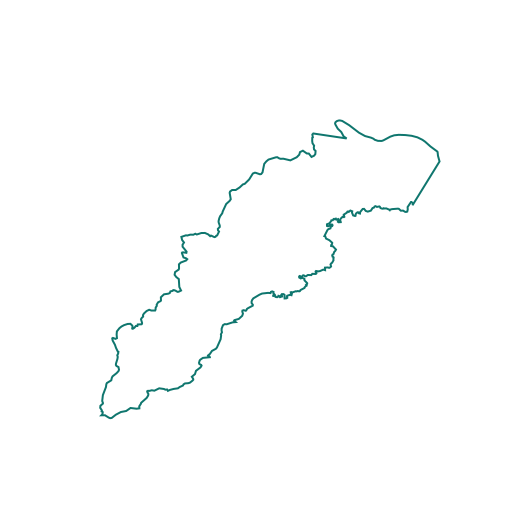 Monte Alegre, Pará, Brazil (Mercator projection), rotated 244°
{"feature_id": "56859067B76441497058081", "entity_name": "Monte Alegre", "entity_type": "district", "adm_level": 2, "iso_a3": "BRA", "parent_name": "Brazil", "parent_adm1": "Pará", "projection": "mercator", "projection_center": [-54.454, -1.021], "detail": "fine", "context": "isolated", "style": "outline", "palette": "teal", "viewbox_px": 512, "rotation_deg": 244, "n_neighbors": 0, "source": "geoboundaries", "source_scale": "gbopen_adm2", "svg_char_len": 6106}
<svg xmlns="http://www.w3.org/2000/svg" viewBox="0 0 512 512"><g transform="rotate(244 256 256)"><path d="M233.0,418.9L260.5,462.4L266.3,463.5L269.9,464.8L270.5,464.7L278.0,460.8L284.6,458.1L287.5,456.5L291.9,453.1L295.8,448.6L299.2,443.3L302.3,437.5L303.9,433.1L304.4,429.1L304.1,421.3L304.3,419.4L306.1,416.0L308.5,413.6L309.9,413.0L312.0,411.2L316.0,406.6L321.7,402.6L332.7,397.1L339.6,392.7L341.1,390.8L341.6,389.5L341.8,387.6L341.3,385.9L340.5,385.2L339.3,385.0L334.6,385.3L330.0,387.0L325.1,387.2L321.9,389.0L341.0,361.2L340.5,359.9L337.7,359.1L337.6,358.4L334.7,356.9L332.5,356.2L329.7,356.6L328.2,355.5L326.3,354.9L324.3,355.6L321.6,354.0L320.7,352.2L320.7,349.3L324.9,348.4L325.9,346.6L330.1,344.3L330.1,341.1L328.1,339.3L326.9,335.9L326.9,328.8L331.4,323.3L332.6,320.7L333.5,319.7L335.5,318.4L336.0,317.0L337.2,309.5L336.5,306.7L335.2,303.8L328.3,298.5L327.4,296.6L327.7,295.4L330.9,292.2L331.4,291.4L331.5,289.3L327.8,283.4L325.8,277.5L326.1,275.6L324.8,271.4L324.2,266.7L325.8,263.5L325.3,260.9L324.3,260.0L318.1,258.2L317.1,256.5L315.8,252.0L310.6,245.6L309.2,244.4L307.5,241.2L306.0,239.5L303.7,237.6L302.3,237.1L299.4,236.8L298.0,236.2L297.1,233.6L295.7,233.1L294.2,233.5L291.5,230.1L291.6,229.1L291.0,228.0L291.2,226.9L294.1,224.5L293.9,223.5L296.4,222.5L299.1,220.2L300.6,217.0L301.3,212.2L302.6,211.2L302.6,209.0L304.0,206.3L304.5,203.3L305.3,202.1L305.9,197.3L302.8,196.6L299.7,197.2L298.3,194.9L296.5,194.1L290.3,195.5L289.4,194.8L291.3,192.0L291.5,191.1L291.2,190.7L286.5,190.2L284.5,192.2L283.3,192.8L282.6,191.2L283.1,185.6L282.3,183.1L278.6,181.4L277.7,180.6L277.0,176.2L274.8,174.6L272.1,175.1L269.1,176.5L261.8,173.5L257.8,173.5L257.8,170.8L258.2,169.7L260.1,168.5L261.4,167.2L261.6,166.5L261.2,165.8L261.7,163.6L260.5,162.2L260.6,160.6L261.9,156.5L260.6,152.4L257.7,151.1L257.3,150.5L257.3,147.7L255.8,145.4L254.7,145.0L253.6,143.2L251.8,142.2L251.2,141.4L252.9,138.0L254.5,136.4L254.5,133.5L253.4,130.0L252.4,128.5L251.0,128.0L250.4,126.1L249.6,124.9L245.9,124.3L245.1,123.9L244.8,123.2L246.3,119.7L245.1,118.7L245.8,117.4L244.8,115.2L244.6,113.4L244.8,113.0L245.3,113.0L246.4,114.0L247.6,114.3L250.1,113.4L251.2,110.8L251.7,107.2L251.6,104.2L251.0,101.6L249.2,97.9L246.5,96.3L243.1,95.0L243.1,93.4L245.1,91.5L245.0,90.7L242.8,90.1L238.0,90.3L234.8,89.9L230.6,89.9L230.2,90.3L228.7,89.3L227.6,87.8L225.9,87.5L224.2,86.3L220.7,83.0L219.5,82.3L218.3,82.4L216.5,83.7L213.8,83.0L212.8,81.9L211.8,79.3L210.7,74.3L209.7,73.0L207.7,71.4L207.2,66.3L206.4,65.3L204.0,63.7L198.1,57.4L193.1,54.2L190.9,54.0L190.4,53.6L189.6,50.5L187.8,49.4L184.8,49.8L184.0,49.1L183.1,49.8L182.2,49.5L181.0,48.3L180.6,47.2L179.0,50.5L175.3,52.8L174.2,53.8L173.7,55.3L174.8,60.5L175.0,66.2L173.6,71.4L174.4,76.6L171.1,81.7L170.2,84.4L172.1,85.2L173.6,87.7L174.4,88.4L176.4,95.6L177.9,97.9L178.8,98.6L179.8,98.9L180.7,98.6L182.1,98.9L182.2,99.8L181.5,101.0L181.0,103.5L179.5,105.6L179.5,111.0L176.8,115.0L175.6,115.9L175.0,117.6L173.4,117.7L173.4,119.8L172.6,123.8L171.3,127.8L171.7,130.0L171.6,133.6L172.4,134.6L172.6,136.3L171.4,139.3L171.1,141.0L171.8,144.2L172.3,145.4L173.3,145.7L175.6,145.4L176.6,149.4L179.1,151.7L180.2,157.3L181.3,159.0L182.1,159.0L183.6,157.8L184.9,157.9L186.7,159.5L187.2,160.4L187.7,163.6L185.3,170.1L185.9,170.2L186.9,169.2L187.6,169.2L188.2,171.7L190.0,174.8L190.2,179.3L190.9,180.8L196.7,187.7L199.8,189.8L201.0,190.1L202.4,192.0L203.9,192.3L205.8,193.3L208.3,196.0L208.5,197.9L207.5,199.7L206.6,205.9L205.5,208.8L207.5,208.0L207.8,208.5L207.0,213.0L208.3,217.4L209.9,219.0L212.0,219.3L212.9,219.9L212.7,221.2L211.3,222.7L211.3,223.3L212.4,224.7L212.6,225.9L212.8,231.3L213.6,231.8L215.5,231.4L216.8,231.9L218.0,233.0L219.1,235.0L219.7,242.2L219.6,245.0L217.6,250.6L216.3,252.8L217.2,253.7L217.1,255.0L216.0,256.0L214.9,255.3L213.3,255.8L213.1,254.2L212.5,254.0L212.0,255.3L211.6,255.8L210.7,255.6L209.7,256.9L209.7,257.9L210.4,258.7L209.2,259.9L208.5,259.6L208.3,260.2L208.6,260.7L208.2,261.7L208.8,261.9L209.9,261.6L210.4,262.5L209.6,264.1L208.5,264.6L205.3,263.1L204.6,264.8L204.7,265.8L206.2,266.1L206.6,266.6L206.2,269.6L205.2,270.7L206.2,271.6L207.5,271.1L208.2,271.3L208.1,271.9L207.3,272.8L206.9,276.3L206.4,276.9L206.2,278.2L205.3,279.3L205.2,280.0L205.9,281.1L206.0,285.5L206.5,285.9L207.1,287.4L207.1,288.4L207.6,288.8L208.2,288.5L208.7,289.9L209.2,290.1L212.8,288.9L214.3,289.5L216.2,287.9L216.2,286.4L217.7,285.4L218.7,285.8L218.9,286.5L218.2,287.2L217.4,287.3L217.1,287.9L218.0,289.9L217.5,290.6L216.4,291.1L215.9,292.0L216.2,294.3L214.6,297.3L215.3,298.8L213.8,301.5L213.7,302.3L214.0,302.8L214.7,303.0L215.3,302.6L216.0,302.8L216.2,303.4L214.9,305.2L214.4,306.9L214.3,310.5L213.0,311.9L215.3,312.9L214.2,315.6L213.3,316.5L213.3,317.9L213.7,318.9L215.8,319.3L216.4,320.4L216.6,321.5L218.2,323.8L219.6,324.3L220.3,325.0L221.1,325.1L221.8,324.5L223.2,324.8L223.7,325.4L223.6,326.3L225.4,328.1L225.8,329.4L226.7,330.7L231.0,329.4L232.0,327.9L232.8,328.3L233.4,329.6L234.5,330.3L238.0,328.9L241.0,326.6L243.3,326.9L243.9,326.2L248.0,331.6L248.4,332.7L248.2,335.0L249.5,336.0L249.5,337.6L250.1,338.3L250.8,338.3L251.2,337.7L251.5,336.4L251.0,335.1L251.1,333.8L251.9,333.0L253.4,333.7L253.2,336.3L254.6,339.1L255.0,339.4L254.5,340.7L255.2,341.9L254.7,342.3L254.8,343.6L254.6,344.1L253.9,343.8L253.4,344.1L253.2,345.9L251.8,345.5L250.9,344.6L250.1,345.0L249.3,347.0L250.2,347.3L251.2,347.0L251.6,347.4L252.4,348.4L253.3,351.1L252.4,352.0L252.5,352.6L254.7,353.0L255.1,356.6L255.8,357.6L255.7,358.3L255.0,358.6L255.0,359.1L255.5,360.7L254.0,362.1L253.0,361.3L249.9,361.1L248.5,362.6L248.5,363.1L249.7,363.8L250.4,364.7L250.8,366.3L250.6,366.9L249.3,367.2L248.6,368.1L249.8,368.8L251.5,372.5L251.0,373.8L248.4,374.4L246.9,375.9L246.4,379.1L248.0,381.8L247.8,383.2L248.5,384.3L248.4,385.3L247.1,386.2L246.5,388.6L246.0,388.9L244.5,388.9L243.2,390.2L242.8,391.0L243.0,391.6L242.3,392.4L241.7,393.9L239.5,395.9L238.5,396.3L238.9,396.9L238.5,398.8L236.3,404.4L235.7,405.1L233.3,406.0L232.3,408.1L230.3,409.4L229.8,410.2L229.6,411.4L231.3,412.8L233.5,413.7L236.6,419.0L236.4,419.4L235.0,420.0L234.1,419.9L233.0,418.9Z" fill="none" stroke="#0f766e" stroke-width="2"/></g></svg>